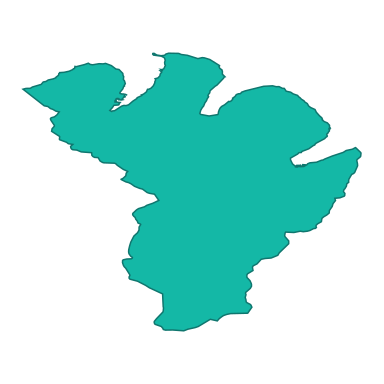 Fjallabyggð, Norðurland eystra, Iceland (Robinson projection)
{"feature_id": "244011B2207988314752", "entity_name": "Fjallabyggð", "entity_type": "district", "adm_level": 2, "iso_a3": "ISL", "parent_name": "Iceland", "parent_adm1": "Norðurland eystra", "projection": "robinson", "projection_center": [-18.797, 66.047], "detail": "fine", "context": "isolated", "style": "filled", "palette": "teal", "viewbox_px": 384, "rotation_deg": 0, "n_neighbors": 0, "source": "geoboundaries", "source_scale": "gbopen_adm2", "svg_char_len": 5910}
<svg xmlns="http://www.w3.org/2000/svg" viewBox="0 0 384 384"><path d="M163.3,329.5L165.4,330.1L172.7,330.0L183.8,330.8L187.9,329.2L195.1,327.6L198.3,326.5L210.3,319.3L217.3,320.9L219.2,318.7L221.6,316.8L223.6,315.5L226.8,314.4L230.6,313.6L247.7,313.2L251.9,307.2L250.9,305.0L250.3,304.4L247.0,302.7L246.2,301.9L245.9,299.6L245.2,297.5L246.0,294.7L245.5,293.1L245.7,292.4L250.3,288.4L251.5,286.3L251.5,284.6L251.3,283.6L250.0,280.7L247.0,277.5L246.8,275.9L247.0,274.6L247.7,273.7L253.0,270.5L252.5,267.7L252.6,266.7L253.4,265.7L257.0,263.9L261.2,259.3L265.0,258.5L271.2,258.0L277.8,255.3L279.2,252.9L288.7,243.7L288.7,240.9L284.9,236.5L284.7,235.6L285.1,233.0L285.7,232.1L293.9,232.5L300.3,231.2L303.2,231.7L307.4,231.2L309.9,230.5L313.6,228.6L315.4,228.4L316.4,227.5L316.0,226.3L316.1,225.3L317.5,223.9L321.4,221.7L321.9,218.4L323.6,216.9L326.8,215.0L329.2,213.0L329.4,210.5L332.2,206.5L333.0,203.7L335.5,200.5L334.8,198.3L340.0,197.8L344.2,196.2L344.7,195.6L344.9,193.4L343.6,191.9L343.5,191.4L344.0,189.5L344.8,188.9L346.4,186.2L346.8,183.8L348.7,182.3L348.6,180.8L348.9,179.2L350.8,175.9L351.7,174.4L353.4,173.6L354.6,172.6L357.6,165.8L357.5,163.8L356.8,160.6L357.1,159.5L360.2,157.0L360.7,156.2L361.0,153.1L360.6,152.4L355.6,147.6L355.2,147.7L352.4,149.2L346.2,150.5L343.2,152.4L332.3,156.0L324.8,159.0L323.0,160.0L321.3,160.3L316.6,162.2L310.0,162.8L307.8,163.7L306.7,164.9L302.1,164.6L303.8,165.1L302.8,165.6L303.1,165.8L304.1,165.3L305.3,165.6L303.9,166.5L302.1,166.6L302.5,166.2L301.9,166.6L299.8,166.6L299.9,166.0L299.5,166.6L297.3,166.6L297.3,167.0L296.3,167.0L296.4,165.9L296.8,165.5L300.1,165.5L301.3,165.3L300.6,165.3L301.2,164.8L300.4,165.3L296.5,165.4L295.9,166.9L295.5,166.8L295.7,166.2L294.7,165.7L292.5,163.9L290.5,159.8L290.5,158.1L297.7,154.0L298.9,152.7L301.3,152.5L302.0,151.4L308.8,148.8L313.1,145.7L314.8,144.9L314.9,144.4L316.1,143.2L324.6,138.7L325.9,137.3L327.1,136.5L327.3,135.9L326.8,135.1L326.8,134.1L327.8,133.3L328.4,132.1L329.4,130.9L329.3,130.1L329.7,129.3L329.3,129.1L330.0,128.7L329.3,128.3L330.0,127.7L329.5,127.1L329.5,125.3L327.4,122.9L324.3,121.6L322.3,120.0L322.2,119.7L322.5,119.4L321.8,117.8L319.4,115.7L316.3,112.2L315.0,109.5L310.8,107.6L308.7,106.1L307.3,103.6L304.7,101.9L304.0,100.8L301.4,99.2L300.0,97.7L298.7,96.8L297.6,95.4L293.2,93.9L290.7,92.2L286.2,91.2L284.3,88.4L282.4,88.3L279.0,86.6L276.2,86.7L272.6,85.8L263.6,86.3L245.1,90.9L241.6,92.2L240.5,93.6L238.3,93.8L236.3,94.6L235.0,96.5L232.6,98.2L232.9,98.8L231.5,100.7L229.8,101.6L228.7,101.4L224.6,104.8L221.7,106.4L220.3,107.8L219.3,109.6L218.5,111.8L218.2,114.0L217.7,114.6L209.1,116.0L200.6,114.4L199.8,113.5L200.8,110.1L202.3,107.6L203.6,106.1L204.9,102.9L206.5,100.7L207.2,98.8L208.6,96.7L207.9,95.8L208.6,94.2L209.7,92.9L210.1,90.7L215.2,86.2L217.0,85.1L223.6,78.2L224.1,77.1L225.0,76.8L222.4,74.2L222.4,71.1L221.9,70.3L221.9,69.8L219.8,68.4L219.0,66.5L219.6,65.8L219.4,65.5L209.8,59.5L204.6,57.9L202.3,57.6L197.9,58.6L187.4,55.3L181.3,54.5L178.7,53.4L168.6,53.2L165.8,54.1L164.6,55.3L161.1,55.7L156.8,55.0L154.0,53.3L152.8,53.5L152.7,54.2L153.5,55.1L161.3,56.2L164.1,57.6L164.7,58.5L165.2,60.3L164.6,62.5L164.8,64.3L165.4,65.3L163.8,68.8L162.0,69.6L160.9,69.5L162.2,70.5L161.5,71.0L160.4,70.9L161.7,72.1L160.2,74.1L159.9,75.9L157.8,78.0L155.1,78.7L155.6,79.5L155.4,80.5L154.8,81.9L154.8,82.8L153.4,85.7L151.1,88.1L149.0,89.2L147.5,89.3L146.4,91.9L143.4,94.2L141.7,94.8L142.0,95.0L141.9,95.5L137.1,97.7L136.9,98.5L132.8,101.2L128.6,104.8L126.0,105.6L123.9,105.4L121.7,106.1L114.6,110.7L112.2,111.0L111.8,111.5L109.8,110.5L112.5,107.5L113.9,105.3L118.3,105.0L119.0,104.6L118.8,104.1L120.2,102.5L116.7,102.1L116.8,101.3L116.5,102.1L114.9,101.9L115.3,100.8L116.2,101.0L116.1,100.5L115.6,100.4L116.4,100.4L115.4,100.2L116.3,99.0L116.9,99.0L116.5,98.7L117.0,98.4L117.9,98.5L117.6,99.1L119.2,99.2L119.0,99.8L119.3,99.8L119.5,99.3L120.3,99.9L121.4,100.0L122.7,99.7L121.9,99.3L124.1,97.0L125.0,97.0L125.6,96.2L124.8,96.9L124.0,96.8L124.1,96.2L124.7,96.2L124.6,94.9L124.3,94.8L125.6,94.6L127.2,95.2L125.6,94.4L122.9,93.9L122.2,94.1L119.9,93.4L119.8,92.8L120.3,92.0L122.8,88.9L123.6,86.7L124.5,86.0L124.2,85.4L125.3,83.7L124.5,80.9L123.4,79.5L123.7,76.5L123.1,75.6L122.8,73.4L119.0,69.5L115.9,69.0L111.4,65.6L105.5,63.4L103.1,63.9L99.1,63.7L92.6,64.8L90.2,64.4L88.3,63.2L84.4,64.6L76.1,66.7L75.0,66.4L74.5,68.5L73.3,68.8L72.9,69.5L69.2,71.2L64.1,72.3L59.6,72.6L59.5,73.2L58.8,73.7L58.5,75.3L55.9,77.3L55.8,77.8L53.1,78.9L48.2,80.0L46.1,81.4L43.2,82.0L41.2,84.4L32.4,87.0L30.3,88.3L26.0,88.4L23.0,89.2L44.2,105.8L47.9,106.5L50.5,108.6L52.7,109.3L56.0,111.2L59.2,111.9L57.1,114.7L55.9,115.7L54.5,116.8L51.1,117.8L50.4,118.9L51.0,120.4L54.3,125.3L54.3,126.3L52.1,128.7L51.6,131.3L59.4,136.3L59.7,136.7L59.4,139.2L59.6,139.7L66.6,142.3L68.3,143.7L72.8,144.4L70.6,146.4L70.8,147.8L71.5,149.0L72.7,149.7L76.9,150.1L81.2,151.9L91.6,152.7L91.9,155.4L93.0,156.6L94.6,157.4L98.1,157.6L100.1,161.0L102.4,162.4L103.7,162.8L114.6,163.2L115.7,163.7L117.3,165.3L123.3,169.4L127.7,171.4L126.2,173.2L125.8,175.8L123.1,178.3L121.1,179.3L121.3,179.6L125.9,181.9L128.6,182.6L131.2,183.9L134.5,186.3L139.7,188.4L142.5,189.1L147.1,192.5L149.4,193.3L154.5,194.2L158.8,200.4L152.7,203.3L146.8,205.3L144.5,206.8L138.5,208.6L136.5,209.9L133.0,213.2L132.7,213.8L132.7,214.8L133.8,216.3L135.2,217.5L135.7,219.1L137.3,221.1L138.0,223.0L140.5,224.1L140.7,224.6L139.1,227.0L139.0,230.1L137.5,232.8L134.1,235.8L133.3,237.2L130.8,242.1L129.6,246.0L128.7,249.9L128.6,252.0L129.0,253.8L130.7,256.2L132.4,257.4L132.2,258.3L131.3,258.8L126.8,259.0L123.3,259.8L122.6,260.4L122.5,262.6L123.4,265.3L124.2,266.7L125.7,268.2L129.7,274.6L129.9,275.6L129.1,276.9L129.1,277.7L129.2,278.4L130.0,279.2L137.5,281.2L145.7,285.4L149.4,287.8L162.6,293.9L163.2,306.7L163.5,307.9L163.2,311.2L162.9,312.0L156.5,318.7L154.3,321.4L154.2,322.5L154.6,323.8L155.3,324.4L161.3,326.5L162.9,328.4L163.3,329.5Z" fill="#14b8a6" stroke="#0f766e" stroke-width="1.5"/></svg>